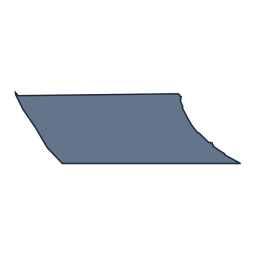 21, Ad Dawhah, Qatar (Albers equal-area conic projection)
{"feature_id": "91078587B24677998302133", "entity_name": "21", "entity_type": "district", "adm_level": 2, "iso_a3": "QAT", "parent_name": "Qatar", "parent_adm1": "Ad Dawhah", "projection": "albers", "projection_center": [51.517, 25.298], "detail": "fine", "context": "isolated", "style": "filled", "palette": "slate", "viewbox_px": 256, "rotation_deg": 0, "n_neighbors": 0, "source": "geoboundaries", "source_scale": "gbopen_adm2", "svg_char_len": 559}
<svg xmlns="http://www.w3.org/2000/svg" viewBox="0 0 256 256"><path d="M120.3,163.5L240.6,163.5L230.9,158.2L224.9,155.0L224.5,153.7L219.1,150.4L213.4,146.4L213.3,145.1L212.3,144.3L212.2,142.9L210.7,143.0L209.9,142.3L208.5,142.4L199.1,133.0L197.8,132.9L194.8,129.3L191.8,125.2L189.9,122.1L185.8,114.8L182.3,107.8L182.8,106.8L180.3,100.4L181.0,99.1L180.6,97.9L181.2,96.6L180.0,96.1L179.6,94.8L178.3,94.1L178.2,93.8L18.2,95.7L15.4,92.5L15.5,94.3L22.9,109.2L35.7,128.0L47.2,147.6L62.3,163.5L120.3,163.5Z" fill="#64748b" stroke="#1e293b" stroke-width="1.5"/></svg>